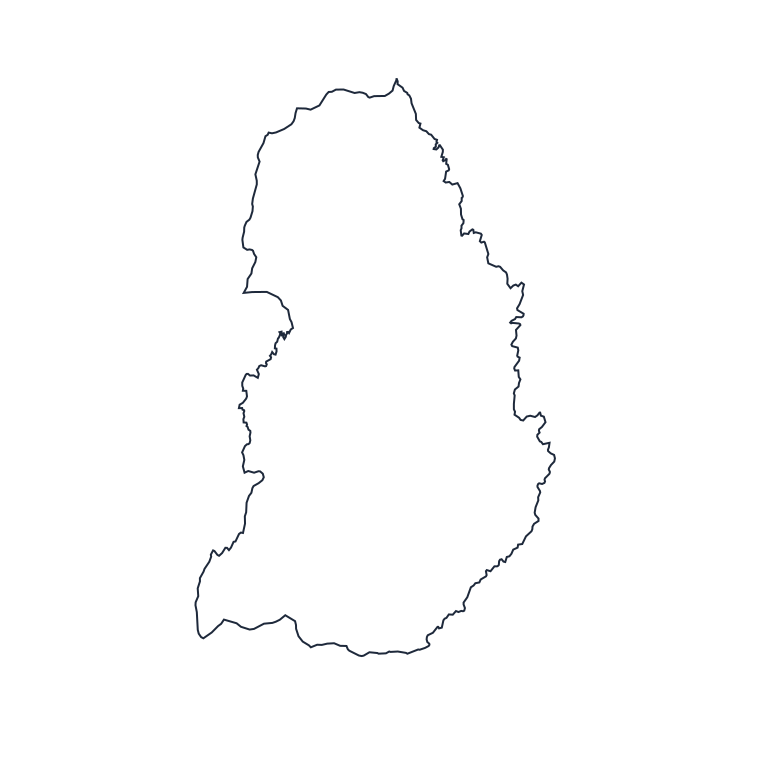 Bucarasica, Norte de Santander, Colombia, rotated 17°
{"feature_id": "7082276B82300032376123", "entity_name": "Bucarasica", "entity_type": "district", "adm_level": 2, "iso_a3": "COL", "parent_name": "Colombia", "parent_adm1": "Norte de Santander", "projection": "equal_earth", "projection_center": [-72.918, 8.084], "detail": "fine", "context": "isolated", "style": "outline", "palette": "slate", "viewbox_px": 768, "rotation_deg": 17, "n_neighbors": 0, "source": "geoboundaries", "source_scale": "gbopen_adm2", "svg_char_len": 6157}
<svg xmlns="http://www.w3.org/2000/svg" viewBox="0 0 768 768"><g transform="rotate(17 384 384)"><path d="M223.2,337.9L231.1,334.6L245.0,330.2L257.1,332.0L261.0,334.3L264.2,338.9L270.6,341.2L275.0,349.4L277.5,351.9L280.6,357.1L278.9,359.1L278.3,363.1L277.0,362.2L276.1,362.7L276.5,363.9L276.0,365.8L276.3,367.6L275.6,370.2L274.0,368.7L274.0,365.7L273.3,364.8L272.6,365.4L272.4,368.2L270.7,363.9L268.9,365.0L270.1,366.0L270.1,368.1L269.8,370.7L269.3,371.4L269.5,374.8L268.4,376.7L268.5,378.8L269.2,381.8L270.8,381.6L271.7,384.2L271.7,387.6L270.0,387.7L267.7,386.1L267.4,388.9L266.7,390.4L268.2,391.4L268.3,393.4L264.8,397.0L265.0,398.5L266.1,399.4L266.0,401.3L265.1,401.9L261.0,402.0L259.5,403.3L259.2,405.6L258.3,407.5L261.4,411.1L261.5,415.0L256.8,413.9L253.4,415.1L251.0,414.1L249.7,414.5L249.1,415.7L248.0,424.0L249.0,427.2L250.7,429.5L251.0,431.7L254.3,430.8L256.6,435.9L256.5,438.2L254.5,443.3L252.0,446.0L252.3,449.5L255.4,448.5L256.2,449.9L257.9,450.0L258.3,450.8L258.2,453.0L260.0,456.2L259.8,458.7L261.0,461.8L263.7,461.2L264.9,462.8L264.8,464.4L266.0,464.8L267.8,467.3L269.8,467.9L270.5,469.5L270.8,473.3L272.6,476.9L272.8,479.7L272.0,481.1L270.6,481.7L269.2,484.0L268.3,490.9L270.4,493.2L272.6,497.4L273.1,504.0L276.6,509.6L279.6,506.9L285.7,506.8L289.5,504.1L291.1,503.8L294.3,505.2L296.3,508.3L295.8,511.6L293.1,515.5L289.1,519.7L288.6,522.1L289.0,526.8L287.6,530.5L287.3,537.7L289.7,547.0L289.6,551.2L291.9,558.1L292.7,567.7L290.6,567.9L289.2,569.8L288.0,578.0L286.3,578.9L285.5,585.2L284.3,588.2L281.8,586.6L280.2,587.0L278.6,593.0L276.5,596.5L274.6,596.1L270.7,593.3L269.2,593.1L268.3,597.9L269.2,599.6L268.9,605.1L266.4,613.3L266.3,616.2L264.7,623.5L265.7,626.6L265.6,633.9L268.4,641.2L267.7,647.8L268.4,650.7L271.7,656.9L277.8,673.6L279.8,676.9L283.1,679.5L285.6,680.0L291.9,672.0L296.1,664.0L298.4,660.9L299.8,656.1L313.0,655.9L318.2,658.0L327.3,658.1L331.3,656.2L339.3,648.3L347.1,645.1L350.0,643.0L353.3,639.9L357.2,634.0L368.3,636.8L370.3,640.2L371.5,643.8L376.0,650.2L381.6,654.1L388.7,655.9L391.0,657.2L396.3,652.9L400.8,651.7L405.6,648.9L412.1,646.5L418.6,647.2L424.7,645.5L427.0,648.3L428.8,649.2L439.4,651.0L442.2,650.7L444.0,649.7L448.5,644.8L456.4,643.2L457.6,643.5L464.6,641.0L467.2,638.3L468.6,638.3L475.4,635.8L483.7,634.7L485.2,635.1L494.3,627.9L495.8,627.7L500.4,624.4L503.3,621.5L503.7,620.1L503.2,619.1L500.8,618.0L499.4,615.7L499.0,613.4L499.3,611.5L503.5,607.6L506.2,600.6L506.9,600.4L508.1,601.6L510.5,600.1L509.9,592.6L510.6,590.7L512.1,589.4L513.4,585.4L517.2,584.5L519.2,580.1L521.9,580.3L524.2,578.4L526.0,578.2L527.0,577.3L526.9,574.6L524.6,571.6L524.0,569.7L526.0,563.6L526.5,553.0L528.6,550.5L529.6,547.8L533.2,545.9L533.6,542.7L537.8,538.1L538.0,536.7L536.2,533.2L536.7,531.9L540.6,531.9L542.9,526.1L545.5,525.3L546.4,524.3L546.7,523.5L545.9,519.8L546.3,518.1L547.7,517.2L550.2,518.9L552.0,518.8L552.0,513.5L554.3,512.1L555.5,509.1L556.0,504.6L559.6,501.4L559.2,498.4L563.0,496.6L564.3,488.2L568.1,481.7L568.3,479.5L567.7,476.9L568.4,473.8L571.8,469.8L571.1,467.5L566.9,464.9L565.7,463.0L565.0,457.5L565.6,450.2L564.5,447.2L565.1,442.0L564.4,440.7L560.9,437.6L560.5,436.5L560.6,434.7L561.4,433.6L564.4,433.4L566.3,431.7L566.5,430.1L565.5,428.6L565.5,427.1L568.4,421.6L568.5,420.3L568.2,419.3L566.6,417.7L566.4,416.3L567.4,412.6L569.5,408.4L569.2,405.1L567.4,402.1L563.8,401.6L560.6,400.2L560.0,399.0L560.2,396.4L559.5,391.8L553.6,395.1L551.3,393.4L549.8,393.3L545.9,389.6L545.5,387.7L547.0,385.0L545.8,383.4L545.6,381.9L547.6,378.9L549.6,373.3L546.4,368.5L543.3,368.4L541.7,365.7L541.1,365.9L539.9,369.1L538.1,371.4L533.1,371.6L530.0,373.4L527.8,378.2L525.1,378.4L523.1,376.8L517.8,375.2L517.4,372.2L515.6,370.2L514.0,365.0L512.3,356.7L510.9,355.0L510.8,351.0L513.4,347.1L512.8,343.6L513.1,339.7L510.8,337.8L508.4,331.7L505.4,332.8L504.0,331.1L503.8,329.6L506.4,322.2L506.0,319.1L503.8,318.8L503.1,318.0L502.6,312.6L501.3,310.1L495.5,310.3L494.3,309.1L494.9,305.9L496.8,301.9L496.6,299.0L494.4,293.7L497.2,287.8L496.7,287.0L495.3,286.7L489.0,288.0L487.8,288.8L486.7,288.4L487.5,286.3L490.3,283.6L490.9,281.3L496.0,280.0L497.1,278.7L497.3,277.3L497.0,276.0L490.0,274.3L489.1,272.7L490.3,268.1L491.0,258.2L489.1,254.8L488.8,247.9L485.8,246.9L483.7,251.3L481.0,250.4L478.9,252.0L477.0,255.4L472.6,252.1L471.4,247.2L469.6,243.4L468.1,241.6L464.7,240.5L460.8,238.0L459.1,237.9L457.0,239.1L448.5,238.1L445.6,232.7L445.8,229.2L439.0,219.1L438.0,218.7L435.7,220.3L433.9,219.4L433.9,212.9L432.7,211.9L427.4,212.1L425.7,213.3L424.3,210.4L423.3,210.3L421.2,213.2L420.8,215.9L416.6,216.6L415.3,219.4L414.6,219.4L412.4,214.5L412.6,212.4L411.8,209.9L412.9,207.0L412.4,204.6L412.1,203.8L410.9,203.5L408.1,199.4L406.3,193.9L403.4,190.1L404.8,186.3L403.9,183.4L404.4,182.8L404.5,181.2L399.8,174.5L395.6,170.4L391.0,173.3L387.4,171.7L384.1,173.3L381.7,172.5L382.4,169.9L381.3,162.7L383.4,160.8L383.5,159.5L381.0,155.7L379.1,155.3L378.2,150.7L377.6,150.6L377.3,151.8L375.5,153.6L374.7,152.9L374.9,149.7L372.4,150.0L372.4,144.9L371.8,142.7L367.6,139.3L367.0,139.6L367.0,141.8L365.5,144.4L362.8,144.8L362.7,143.9L364.2,141.9L363.4,139.7L364.5,137.8L363.4,137.2L363.3,135.0L360.7,134.9L356.2,131.8L353.9,131.9L350.6,129.9L347.1,129.9L342.9,128.5L342.7,124.3L340.9,124.3L337.5,122.1L335.5,116.4L328.3,107.5L326.4,103.3L323.8,100.6L321.9,100.1L321.1,98.8L317.5,97.9L315.1,95.2L309.3,93.3L308.6,90.6L306.6,88.0L307.0,89.9L306.2,96.2L306.4,100.9L303.8,104.9L300.6,108.3L290.4,111.6L286.6,114.3L285.1,114.2L282.0,112.0L278.5,111.7L275.2,112.1L270.8,114.3L259.3,114.2L252.0,116.5L248.7,119.8L245.7,120.9L244.2,124.0L240.8,136.5L233.6,143.1L228.8,143.4L220.2,145.8L220.2,150.7L220.9,155.8L220.7,159.2L219.5,162.7L214.0,169.3L207.2,175.0L203.6,177.0L200.2,177.3L199.9,179.7L198.2,181.7L198.3,188.9L196.2,198.7L196.3,201.9L197.1,204.2L200.0,207.7L199.7,221.1L202.9,226.8L204.0,230.3L204.4,245.0L205.3,250.4L206.7,252.6L207.7,257.2L207.7,264.0L207.2,266.2L205.1,269.2L204.6,273.3L204.6,275.2L205.7,279.3L206.0,285.3L206.4,287.5L209.6,294.5L213.9,295.7L216.1,294.6L218.6,294.4L219.8,294.9L221.7,297.6L224.8,300.1L225.3,305.0L224.1,311.9L224.9,317.1L222.9,323.5L224.6,331.1L223.2,337.9Z" fill="none" stroke="#1e293b" stroke-width="2"/></g></svg>